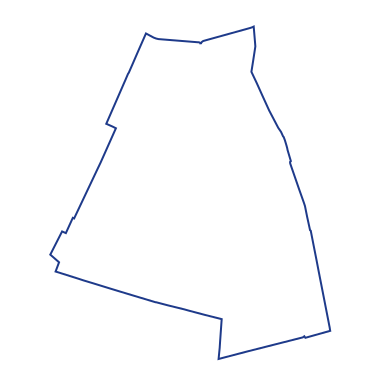 the district of Cazasu, Braila, Romania, rotated 271°
{"feature_id": "2599482B82277665245942", "entity_name": "Cazasu", "entity_type": "district", "adm_level": 2, "iso_a3": "ROU", "parent_name": "Romania", "parent_adm1": "Braila", "projection": "natural_earth1", "projection_center": [27.883, 45.271], "detail": "fine", "context": "isolated", "style": "outline", "palette": "blue", "viewbox_px": 384, "rotation_deg": 271, "n_neighbors": 0, "source": "geoboundaries", "source_scale": "gbopen_adm2", "svg_char_len": 1373}
<svg xmlns="http://www.w3.org/2000/svg" viewBox="0 0 384 384"><g transform="rotate(271 192 192)"><path d="M358.5,250.8L357.7,249.2L357.0,247.2L356.4,245.2L350.8,226.3L344.2,204.0L343.2,200.7L342.8,200.0L342.2,199.3L341.5,198.7L340.9,198.5L340.8,197.7L341.2,197.6L341.5,197.2L341.7,196.5L341.8,196.3L341.8,195.6L344.3,155.8L344.8,153.5L345.7,151.0L349.7,143.2L329.9,134.9L318.5,130.2L310.1,126.7L309.7,126.4L309.1,126.0L303.7,123.8L302.7,123.4L299.6,122.1L290.2,118.2L258.7,105.1L256.0,111.5L254.4,114.8L223.1,101.5L219.6,100.0L213.7,97.3L163.5,74.6L164.1,73.3L148.7,66.6L150.3,62.8L126.9,51.4L119.4,60.3L110.1,57.0L103.2,80.3L101.8,84.8L98.8,95.4L95.7,106.1L94.2,111.3L91.0,122.5L87.3,135.6L81.1,157.6L81.1,158.2L78.2,170.1L74.5,186.4L73.4,190.6L69.4,206.8L65.4,223.9L56.1,223.4L42.9,222.7L36.6,222.4L25.5,221.5L26.7,225.7L33.6,250.3L41.1,277.9L48.6,305.4L49.7,306.8L48.2,307.9L49.5,312.2L55.6,332.6L56.0,332.5L59.0,332.0L60.8,331.6L66.5,330.4L67.4,330.2L88.0,325.8L114.6,320.1L126.5,317.6L141.8,314.3L155.4,311.4L155.9,310.7L169.4,307.5L179.9,305.2L183.1,304.1L197.0,298.9L222.2,289.7L223.7,289.5L224.6,290.3L235.7,286.8L237.6,286.4L240.3,285.6L245.3,284.0L248.6,282.7L249.2,282.1L253.6,280.0L257.7,277.1L274.9,267.7L289.8,260.6L301.9,254.9L313.2,249.3L324.6,250.9L329.0,251.5L338.6,252.8L340.8,252.6L358.5,250.8Z" fill="none" stroke="#1e3a8a" stroke-width="2"/></g></svg>